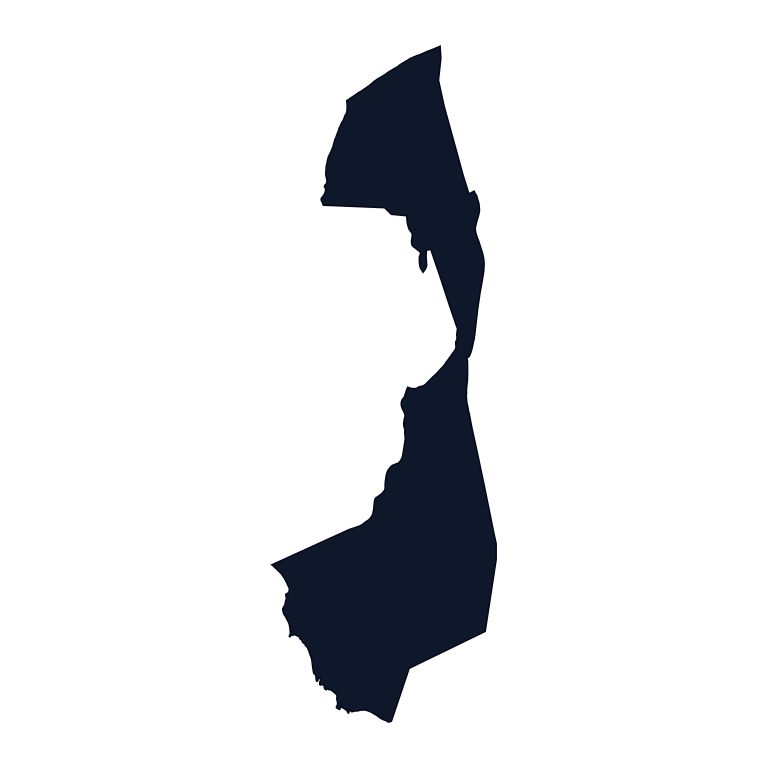 Industrial Estate, Laborie, Saint Lucia (Natural Earth projection)
{"feature_id": "8701671B45251476998803", "entity_name": "Industrial Estate", "entity_type": "district", "adm_level": 2, "iso_a3": "LCA", "parent_name": "Saint Lucia", "parent_adm1": "Laborie", "projection": "natural_earth1", "projection_center": [-60.975, 13.743], "detail": "fine", "context": "isolated", "style": "filled", "palette": "ink", "viewbox_px": 768, "rotation_deg": 0, "n_neighbors": 0, "source": "geoboundaries", "source_scale": "gbopen_adm2", "svg_char_len": 6068}
<svg xmlns="http://www.w3.org/2000/svg" viewBox="0 0 768 768"><path d="M423.0,272.3L424.5,270.3L425.1,269.7L426.5,266.5L426.6,265.8L426.7,264.5L426.5,262.5L426.1,256.8L426.2,252.4L426.4,250.2L430.8,249.4L434.3,259.8L439.6,275.2L443.0,285.6L448.1,301.3L456.1,325.0L457.5,328.5L456.7,334.8L456.9,335.6L457.0,337.8L456.9,339.4L456.6,340.5L455.9,341.2L455.7,342.4L455.8,345.3L456.0,346.8L455.9,347.9L455.0,350.1L453.2,352.4L450.3,356.7L446.2,362.1L444.2,365.3L443.4,366.0L442.5,367.1L440.8,368.8L439.6,370.1L437.6,372.5L432.6,377.2L428.4,381.4L425.5,384.3L424.0,385.4L422.7,386.1L421.6,386.2L419.1,386.8L417.1,388.0L416.3,388.3L415.3,388.6L412.9,388.6L410.2,388.2L407.7,387.2L406.4,390.4L406.0,391.9L405.7,392.9L405.7,393.3L405.3,393.6L405.2,394.6L404.6,396.2L404.2,397.1L403.2,398.4L402.2,399.7L401.6,401.3L401.2,402.9L401.3,405.1L401.7,406.8L402.1,408.1L404.6,413.4L405.0,414.7L405.0,416.6L404.6,418.0L404.2,419.6L404.1,420.8L403.7,422.4L403.7,423.8L403.8,426.1L404.0,426.9L404.6,428.4L404.9,429.9L404.7,432.2L405.1,436.1L405.2,438.8L404.9,441.6L404.4,444.6L404.2,445.9L403.9,448.1L402.5,456.4L401.9,458.0L401.1,459.7L400.0,461.4L398.8,462.6L397.7,463.4L396.9,463.7L396.2,463.8L395.6,464.0L394.2,464.7L393.0,465.1L391.8,465.7L390.8,466.8L389.9,467.6L389.3,468.5L388.2,470.0L387.2,472.0L386.5,474.3L386.1,476.4L385.5,480.4L385.3,482.0L385.1,484.9L385.1,486.8L385.1,488.7L384.7,490.0L384.1,490.9L383.4,491.6L382.8,492.6L382.0,493.4L378.9,495.8L376.3,497.6L375.9,497.8L375.3,498.6L374.8,499.6L374.2,503.6L373.8,508.6L372.9,513.4L372.2,515.3L371.3,516.8L369.9,518.7L368.7,519.8L367.0,521.0L364.9,522.4L363.0,524.0L361.1,525.3L360.2,525.8L349.0,529.6L271.8,564.8L272.2,565.0L274.4,567.1L277.1,569.6L277.7,570.4L280.1,572.5L281.5,574.1L283.0,576.3L284.5,578.6L286.4,582.1L287.4,584.4L287.8,585.4L288.6,586.6L289.2,588.3L289.3,589.5L289.2,590.7L288.8,592.1L288.4,592.4L288.1,592.9L287.2,593.6L286.4,593.9L285.9,594.1L285.7,594.8L285.9,595.9L286.2,597.5L286.4,598.2L286.3,599.0L285.9,600.1L285.6,600.8L285.1,604.1L284.9,604.9L284.3,605.7L284.1,606.2L282.7,608.7L282.7,610.0L283.3,612.7L284.2,614.7L285.4,616.3L286.5,618.6L287.4,620.1L287.9,621.4L288.6,622.3L289.2,624.2L289.6,626.2L290.2,630.4L290.2,631.6L291.0,631.2L290.9,631.8L290.5,633.1L289.9,634.8L289.4,635.8L289.3,636.5L289.6,636.8L290.1,636.6L290.6,636.0L291.1,635.1L291.4,634.8L292.1,635.2L292.7,635.3L293.2,634.9L294.3,634.7L295.2,634.9L296.4,635.4L298.6,636.5L299.9,637.5L299.8,638.5L300.0,638.8L300.6,639.3L301.5,639.8L301.9,640.4L302.2,641.6L303.3,642.9L303.7,643.2L305.1,643.9L305.3,645.5L306.8,646.8L307.3,647.5L307.7,648.0L309.6,653.1L310.1,654.7L310.8,656.4L311.4,658.3L311.7,659.4L312.0,661.3L312.8,668.1L313.5,672.3L314.0,673.6L314.8,674.0L315.2,674.7L315.6,675.2L316.1,678.0L316.1,679.3L316.2,680.2L316.6,681.0L317.0,681.3L317.7,680.8L317.9,680.6L318.0,679.9L317.9,678.5L318.2,678.1L318.9,678.6L319.5,678.5L320.1,678.5L320.6,679.1L320.5,680.4L320.3,681.1L319.9,681.7L319.7,682.6L319.6,683.5L319.7,684.3L320.3,685.1L321.4,684.6L322.3,684.6L323.8,685.5L324.2,685.9L324.4,688.0L324.8,688.8L325.1,689.2L325.9,689.8L326.7,689.5L326.9,688.6L327.1,688.1L327.7,688.4L328.6,689.5L330.5,689.8L331.6,690.4L333.0,691.5L336.3,694.3L336.7,694.8L336.9,695.7L337.0,697.0L336.8,698.1L336.8,699.4L337.2,700.8L337.5,702.3L337.6,703.6L337.5,704.6L336.4,707.0L336.4,707.5L336.7,707.9L339.1,709.3L339.8,709.3L340.5,708.0L340.7,707.5L340.7,706.0L341.2,706.1L341.7,707.0L346.4,710.2L347.1,710.9L347.8,712.6L348.0,712.9L348.6,713.1L349.1,711.5L349.9,710.9L350.8,710.5L351.4,710.6L351.6,711.4L351.8,711.8L353.8,711.3L354.7,711.0L357.9,710.9L360.1,710.2L363.1,710.0L365.2,710.1L366.1,710.2L370.2,711.7L371.8,712.5L374.0,713.8L376.4,715.2L377.5,716.0L378.6,716.8L380.0,717.9L382.0,719.0L383.2,719.6L385.0,720.3L386.6,720.7L387.0,721.3L387.4,721.7L387.9,721.9L389.5,721.9L390.8,721.3L391.4,721.2L409.2,668.3L485.2,631.4L496.2,559.5L496.2,544.1L496.2,543.8L494.1,534.2L487.6,502.1L483.9,483.8L476.3,447.9L472.9,432.4L471.4,425.2L469.5,414.9L468.5,410.8L467.9,407.3L466.9,402.9L466.4,397.3L466.3,395.2L466.5,393.7L466.5,389.0L467.4,380.8L467.6,372.7L467.6,366.2L467.5,361.6L467.0,357.6L466.7,356.9L468.5,357.1L469.0,356.6L469.8,355.1L470.2,354.3L470.7,353.0L471.4,350.7L471.8,349.4L472.8,345.1L473.2,342.9L474.1,339.1L474.8,334.1L477.3,312.5L477.6,309.3L478.5,303.4L480.0,293.2L481.8,283.2L483.3,274.3L483.8,270.6L483.9,268.8L484.1,265.0L484.0,261.7L483.8,259.3L483.0,255.1L482.3,252.5L479.3,243.0L478.8,241.4L477.2,237.3L476.7,235.7L476.2,234.2L475.7,232.2L475.2,228.7L475.3,227.6L476.7,221.7L477.4,219.2L478.5,215.7L479.0,213.5L479.4,211.2L479.5,209.9L479.4,208.5L479.2,205.9L479.0,204.2L478.6,202.3L477.1,197.5L476.7,195.7L475.7,194.3L474.8,192.7L474.2,191.1L468.9,193.9L463.1,175.2L454.9,145.2L444.3,106.8L438.5,80.2L440.9,58.1L440.1,46.1L437.6,47.3L432.1,49.6L427.0,51.5L419.7,54.8L417.2,55.5L413.4,57.1L409.8,58.7L407.5,60.3L405.6,61.3L400.1,64.6L397.3,66.9L394.0,68.7L388.5,72.0L385.1,74.5L382.8,76.0L379.0,78.1L376.9,79.4L373.3,82.1L371.7,83.5L368.8,85.9L367.8,86.5L366.8,87.3L364.4,88.9L361.2,91.2L359.2,92.2L346.7,100.7L347.1,104.4L347.1,108.4L346.9,111.6L346.3,113.5L345.1,115.3L342.9,121.1L342.3,121.6L341.1,123.8L339.9,126.8L339.2,128.1L338.7,129.8L336.5,135.6L335.9,137.6L334.9,139.5L333.5,144.6L332.8,147.2L330.7,152.2L328.5,156.6L327.6,159.7L326.9,163.5L326.2,166.4L326.0,170.0L325.8,173.4L325.8,174.9L326.4,177.8L326.9,179.5L326.9,182.2L326.5,183.6L325.3,184.8L324.7,185.6L324.4,186.9L325.2,187.7L325.6,189.8L325.2,192.2L324.2,194.4L322.8,196.5L321.2,198.4L321.3,198.7L321.2,199.8L321.5,201.0L322.3,202.2L323.3,205.2L384.6,207.7L391.3,214.3L406.9,215.8L406.8,217.9L407.1,221.5L407.5,223.9L408.3,226.9L408.9,228.8L409.4,229.7L409.7,230.2L411.3,232.2L412.0,233.4L412.2,233.9L412.3,235.0L411.6,240.2L411.5,241.9L411.7,243.8L411.9,244.8L412.4,245.6L413.3,246.6L413.9,247.1L415.6,248.3L419.4,251.3L420.2,252.2L420.5,253.1L420.5,253.8L420.2,254.8L419.4,256.7L419.3,258.3L419.5,263.9L419.6,264.2L419.9,266.3L420.4,267.9L420.8,268.7L421.4,269.7L422.5,271.4L423.0,272.3Z" fill="#0f172a" stroke="#020617" stroke-width="1.5"/></svg>